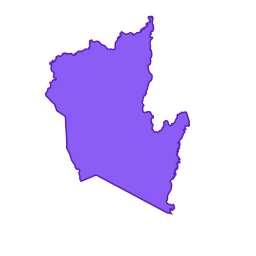 Robežnieku pag., Kraslavas, Latvia, rotated 68°
{"feature_id": "27541924B81744778922101", "entity_name": "Robežnieku pag.", "entity_type": "district", "adm_level": 2, "iso_a3": "LVA", "parent_name": "Latvia", "parent_adm1": "Kraslavas", "projection": "albers", "projection_center": [27.571, 55.969], "detail": "fine", "context": "isolated", "style": "filled", "palette": "violet", "viewbox_px": 256, "rotation_deg": 68, "n_neighbors": 0, "source": "geoboundaries", "source_scale": "gbopen_adm2", "svg_char_len": 5634}
<svg xmlns="http://www.w3.org/2000/svg" viewBox="0 0 256 256"><g transform="rotate(68 128 128)"><path d="M178.4,92.5L177.9,93.2L176.4,93.2L176.0,93.0L176.0,92.6L176.5,92.1L176.5,91.7L175.3,91.6L173.1,92.6L171.6,92.3L171.1,92.9L170.3,91.8L169.2,91.7L169.3,91.2L169.2,91.0L168.0,91.3L168.0,90.9L168.5,90.4L168.5,90.2L167.8,90.0L166.7,90.3L166.4,90.0L166.4,89.6L165.8,89.6L165.8,89.1L166.4,88.3L166.2,88.0L165.5,88.1L164.7,87.6L164.2,87.6L164.0,87.4L164.1,87.0L163.9,86.9L163.6,87.4L163.4,87.4L162.6,86.1L161.8,86.5L161.7,86.3L162.1,86.0L162.0,85.8L161.2,85.9L160.9,86.4L160.9,85.8L160.7,85.7L159.8,86.1L159.8,85.5L158.3,84.2L157.7,81.9L156.7,81.4L156.0,80.4L153.9,78.6L153.5,78.0L153.5,77.5L153.2,77.1L151.6,76.4L151.2,76.6L151.3,77.1L150.6,77.3L150.1,76.5L150.3,75.6L150.7,74.9L148.7,75.1L147.6,74.4L147.5,74.0L148.2,72.9L148.1,72.0L149.0,71.3L148.9,70.6L148.6,70.2L146.6,69.6L145.4,69.7L145.0,68.8L137.4,68.2L136.7,68.4L136.0,68.0L135.5,68.1L134.7,68.7L134.4,70.7L134.0,72.0L133.6,72.3L134.1,72.8L133.9,74.5L134.7,76.6L134.2,77.2L135.2,77.5L135.3,78.0L136.1,78.1L137.0,78.9L137.8,80.2L140.5,82.8L140.6,83.6L141.0,84.5L140.6,84.9L140.4,85.5L140.5,85.9L141.5,86.1L141.9,87.0L141.8,87.4L140.9,88.6L139.9,89.2L138.0,88.7L136.2,89.0L135.4,90.5L135.7,91.4L135.7,91.8L136.0,92.0L136.4,92.9L136.7,93.1L138.8,92.9L139.0,94.1L140.4,94.7L140.4,95.8L142.0,97.0L142.7,98.7L142.4,99.8L143.4,101.1L143.3,102.3L142.2,102.9L142.1,104.6L141.9,105.0L138.1,105.9L137.1,105.6L134.2,103.6L133.8,103.9L133.1,103.9L132.9,104.5L131.4,104.2L130.9,103.8L129.6,103.8L128.0,102.7L127.9,102.4L128.1,101.3L127.9,100.8L126.9,100.3L126.1,100.2L124.8,101.4L122.8,101.2L121.2,101.6L120.8,102.4L120.1,104.8L120.1,106.5L119.2,107.7L118.1,108.2L116.8,107.4L115.8,107.5L115.3,107.1L113.6,106.0L113.3,105.2L112.9,104.8L110.3,105.6L109.2,105.4L108.3,104.1L107.2,103.7L104.3,101.2L104.1,99.8L103.4,99.2L102.9,98.0L102.3,97.9L102.1,98.4L101.1,98.0L99.6,96.0L97.8,94.7L96.7,94.1L95.6,92.8L94.4,92.3L93.7,91.1L93.1,90.8L92.4,88.4L90.9,87.2L88.9,86.2L87.8,86.0L84.4,87.4L81.2,87.1L79.0,86.4L77.7,86.5L77.2,84.0L76.6,83.1L73.7,81.6L72.3,81.4L71.6,80.9L71.0,79.8L69.8,78.9L68.9,78.8L68.0,78.1L66.3,77.8L64.3,77.5L63.2,77.9L60.8,76.6L56.8,75.7L54.9,73.9L53.8,71.6L52.8,71.8L52.3,72.9L52.2,73.6L50.5,73.2L49.5,71.2L47.8,71.2L47.2,69.8L47.4,68.8L45.8,67.2L44.1,66.9L42.4,66.1L40.8,66.4L39.2,66.0L36.9,64.5L36.2,64.4L35.6,63.7L33.7,63.8L33.5,64.2L34.3,64.7L34.0,65.0L33.3,64.9L32.5,66.9L32.5,67.3L33.4,67.9L34.4,67.5L35.9,67.7L36.2,67.1L37.0,67.1L37.7,68.0L37.6,68.5L38.0,68.9L38.0,70.8L38.8,71.7L38.5,71.9L38.9,72.0L39.0,72.3L39.4,72.1L39.7,71.2L40.4,71.9L40.5,72.7L40.9,73.2L41.0,74.0L40.8,75.1L41.8,75.4L42.3,75.9L42.1,76.5L41.1,76.7L41.3,77.2L42.1,78.0L41.6,78.6L42.7,79.0L42.2,79.4L42.8,80.0L43.2,79.8L43.6,80.3L43.5,80.9L43.8,81.2L43.4,82.4L43.6,83.1L43.0,84.1L43.3,84.8L43.5,86.3L43.9,86.9L43.8,88.3L43.4,88.7L42.4,88.2L41.0,89.4L40.7,90.1L40.5,91.0L40.8,93.6L40.4,94.6L38.9,96.2L36.4,98.0L37.2,98.8L37.5,100.1L39.2,99.8L40.4,100.6L39.7,101.4L39.7,102.0L40.1,102.4L40.6,101.9L41.0,102.2L41.1,102.9L41.0,103.5L40.6,103.5L40.6,103.8L42.3,104.6L44.1,107.7L49.4,110.1L50.1,112.0L48.2,114.6L47.5,117.3L43.1,118.7L40.7,121.4L36.9,122.7L35.8,124.6L35.7,125.5L35.8,126.6L35.4,127.7L34.5,128.5L33.1,128.6L32.6,129.1L33.0,129.7L32.8,130.6L33.2,131.1L34.3,131.5L34.8,131.3L36.1,132.5L37.2,132.2L38.2,132.9L38.2,133.6L38.9,134.0L39.4,133.7L40.0,134.5L39.6,136.4L38.8,138.3L39.4,139.8L39.3,140.7L39.8,142.6L39.1,142.8L39.0,143.2L39.2,144.0L38.5,144.4L38.3,145.5L38.8,146.5L38.8,147.2L39.2,147.8L39.3,148.3L39.2,148.7L39.3,149.4L39.6,149.3L39.8,148.9L40.1,149.0L40.5,149.5L40.5,150.2L39.7,151.2L39.4,152.0L37.7,152.5L37.7,153.2L37.3,154.4L36.7,155.5L36.7,156.3L35.8,157.1L36.0,157.8L35.1,158.2L34.8,158.6L34.8,159.6L34.5,160.5L35.0,160.5L35.4,161.0L36.4,163.9L35.3,164.9L35.0,165.5L34.9,166.6L35.5,168.3L36.0,168.2L35.8,167.9L36.2,167.7L37.6,169.7L37.8,170.0L37.7,170.4L37.9,170.8L38.7,171.2L38.9,171.6L38.5,172.2L37.3,172.8L37.8,173.2L38.5,173.1L38.3,173.6L38.7,173.8L38.2,174.4L38.3,175.1L38.6,175.1L38.4,175.4L38.9,175.4L38.9,174.9L39.3,175.2L38.9,175.7L39.1,176.4L39.5,176.4L39.9,175.7L40.5,175.4L43.9,176.7L44.3,177.3L46.9,177.1L49.2,175.8L52.9,178.1L55.5,176.2L56.0,176.6L56.0,177.9L55.4,179.0L56.0,180.4L56.6,181.2L56.6,182.7L57.0,183.5L59.1,183.4L61.7,184.9L61.8,185.1L61.4,185.8L61.5,187.3L63.8,189.0L65.4,191.7L67.7,191.9L70.6,190.5L74.4,189.2L78.4,187.2L85.3,187.5L93.7,181.7L119.5,190.5L123.6,192.3L130.4,191.8L137.0,192.3L142.9,191.0L144.6,191.7L146.9,191.0L147.4,190.3L147.8,189.0L149.1,188.6L151.3,190.3L155.5,190.9L156.5,191.5L158.0,191.8L159.8,191.4L159.6,175.1L221.1,123.6L223.5,120.0L221.9,120.6L221.2,119.8L220.2,119.9L218.8,119.5L219.0,118.8L218.7,118.3L218.8,118.0L219.3,118.6L219.8,118.7L220.8,117.8L220.9,117.3L220.2,116.5L220.0,115.0L217.4,114.5L215.8,114.7L216.0,116.3L215.7,117.2L214.5,117.9L213.7,119.3L212.3,119.9L211.3,120.1L209.8,119.7L209.7,119.5L209.7,118.8L209.5,118.5L207.5,117.5L205.6,116.9L201.2,111.2L197.2,108.9L195.2,108.5L193.5,109.1L193.1,108.9L192.5,107.7L192.1,107.3L192.1,106.2L191.8,105.7L191.9,104.9L191.6,104.8L191.6,105.3L191.3,105.4L190.6,104.2L190.9,103.3L189.4,101.9L189.3,101.2L188.8,100.9L188.6,101.3L188.1,101.8L188.1,102.5L187.8,102.7L187.1,102.1L187.1,101.8L187.4,101.1L186.7,100.4L186.3,100.8L186.0,101.0L184.4,100.3L184.4,100.0L184.9,99.8L184.9,99.3L183.7,98.5L184.4,97.8L184.3,97.5L184.0,97.8L183.5,97.8L183.1,97.4L183.0,96.6L182.3,96.7L182.0,96.1L181.5,95.8L180.9,95.8L180.0,96.5L178.9,96.2L179.1,95.9L179.2,95.7L178.6,94.3L179.3,94.1L179.6,93.7L179.0,92.6L178.4,92.5Z" fill="#8b5cf6" stroke="#5b21b6" stroke-width="1.5"/></g></svg>